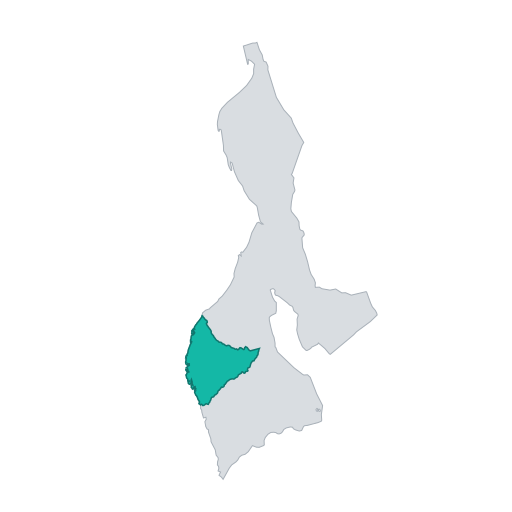 location of Nampula within Mozambique, rotated 164°
{"feature_id": "MOZ-1200", "entity_name": "Nampula", "entity_type": "Province", "adm_level": 1, "iso_a3": "MOZ", "parent_name": "Mozambique", "parent_adm1": "", "projection": "equal_earth", "projection_center": [39.254, -15.162], "detail": "fine", "context": "in_parent", "style": "filled", "palette": "teal", "viewbox_px": 512, "rotation_deg": 164, "n_neighbors": 0, "source": "natural_earth", "source_scale": "10m", "svg_char_len": 9647}
<svg xmlns="http://www.w3.org/2000/svg" viewBox="0 0 512 512"><g transform="rotate(164 256 256)"><path d="M178.8,352.0L181.4,349.5L198.4,325.5L199.5,324.6L198.0,320.6L200.2,315.9L200.4,308.7L201.1,307.5L203.7,305.1L207.3,297.6L209.5,291.8L209.7,289.0L206.3,281.1L205.3,276.9L206.2,273.2L206.5,269.7L206.0,268.6L204.0,267.2L203.6,265.6L203.6,263.8L204.0,262.8L206.5,261.2L207.0,260.3L208.9,251.0L208.1,244.1L208.0,236.1L208.4,227.8L208.1,223.1L206.5,217.7L206.3,213.8L207.4,211.1L207.6,209.5L203.7,208.6L201.7,206.4L194.3,202.8L188.5,202.3L183.7,196.9L180.0,196.0L175.2,192.1L160.1,191.4L159.6,190.9L158.8,179.0L158.2,175.0L156.3,170.8L155.7,167.8L155.8,165.9L164.1,161.5L180.4,155.4L183.9,153.3L211.7,141.0L212.5,141.8L215.3,148.1L220.0,155.2L221.1,154.2L227.8,153.0L228.8,152.1L230.8,151.5L233.1,151.1L233.9,151.5L236.4,155.9L237.4,164.1L237.5,169.7L237.2,173.7L235.3,178.2L233.9,184.0L231.8,187.2L231.8,188.6L234.3,192.1L234.8,193.5L234.7,196.5L235.1,197.7L237.2,199.6L238.8,202.4L244.9,210.7L246.5,212.2L247.7,212.6L248.3,214.2L248.0,216.1L247.1,217.2L247.5,218.7L248.6,220.0L251.4,219.8L251.7,219.2L251.5,211.9L250.5,207.6L249.3,205.7L251.6,197.7L252.8,195.5L257.3,194.7L259.4,193.9L260.3,193.0L260.9,190.4L261.4,183.4L261.6,176.7L261.1,172.9L261.7,167.0L262.7,163.4L262.2,162.7L261.8,157.8L250.3,138.1L243.8,129.3L242.8,128.4L239.2,127.6L237.3,124.4L235.7,106.7L233.2,93.9L236.9,85.5L238.1,80.0L238.8,79.2L242.0,78.8L253.3,79.0L256.0,79.5L257.3,79.0L260.2,75.7L262.6,75.8L265.9,77.9L267.7,79.7L268.0,81.3L270.1,82.2L274.2,82.4L277.1,81.6L279.0,79.7L280.9,78.7L282.9,78.6L284.4,79.3L285.5,80.7L287.5,81.7L290.4,82.3L293.6,81.4L297.1,79.0L299.1,76.4L300.1,72.2L300.8,71.7L305.7,71.2L308.3,72.1L311.7,74.7L317.4,70.0L321.1,68.4L324.6,68.4L327.4,67.3L329.7,65.0L332.0,63.6L336.9,61.9L340.1,59.5L349.2,50.4L350.2,53.0L352.0,55.4L349.6,58.1L351.7,59.8L350.2,62.3L350.0,64.1L350.7,65.8L349.7,68.7L348.3,70.9L348.0,72.6L349.2,75.6L348.6,80.9L350.4,89.8L349.8,92.7L350.2,99.7L349.6,102.3L350.7,103.1L351.3,105.9L350.8,110.8L348.8,112.8L348.6,114.8L351.1,114.8L351.1,120.9L350.7,122.7L351.3,124.8L350.6,127.0L351.4,136.8L351.5,143.8L351.7,145.0L353.8,146.2L353.7,148.1L352.4,150.6L352.5,154.4L354.0,151.4L354.9,151.4L355.7,152.6L355.8,156.8L356.2,159.0L356.0,160.8L353.5,164.3L353.3,167.8L352.4,168.2L351.9,169.1L352.6,171.0L352.5,172.7L350.8,178.1L342.3,191.0L342.1,193.1L339.9,197.2L337.6,197.8L336.3,198.9L337.3,202.5L325.9,211.5L324.8,212.8L323.0,216.1L319.2,217.8L315.2,218.0L314.5,218.7L305.3,222.9L303.5,224.9L299.6,226.7L293.5,231.2L288.5,235.4L282.8,241.8L282.0,245.2L279.4,249.7L275.4,255.0L273.0,259.4L272.9,261.3L271.4,261.9L270.2,260.1L269.7,263.6L268.7,263.9L267.7,263.2L262.6,267.0L258.9,271.2L253.6,279.5L245.9,287.5L244.1,287.7L241.6,284.9L240.3,284.7L242.3,287.7L242.2,294.5L241.4,302.3L241.5,304.0L246.7,312.3L249.4,322.0L249.6,327.0L252.2,333.4L253.5,343.0L253.3,351.9L254.6,353.3L255.0,352.0L255.2,346.5L255.9,344.9L256.5,345.1L257.2,348.2L257.5,351.4L256.6,358.4L256.9,361.2L258.2,365.9L256.8,371.4L254.7,386.6L255.2,387.5L256.4,387.9L256.8,386.2L257.5,386.2L257.8,387.2L256.9,393.1L256.0,395.7L252.7,402.1L250.9,404.9L248.0,407.5L240.9,411.7L226.9,417.8L218.0,422.5L211.0,428.1L208.0,431.9L206.8,436.2L204.5,440.7L206.6,444.5L209.3,447.1L210.5,442.7L211.2,442.6L210.3,461.3L200.6,461.6L197.8,460.9L196.2,461.1L195.9,453.3L194.6,447.5L195.0,443.3L194.8,441.1L192.8,439.6L192.2,435.1L193.3,431.6L192.7,402.9L189.0,388.9L184.1,378.8L183.8,373.7L181.5,362.5L178.8,352.0ZM239.4,92.7L240.6,92.0L240.7,90.5L240.0,89.8L239.3,89.9L239.0,92.3L239.4,92.7ZM238.6,90.0L237.6,89.0L236.9,89.2L236.7,90.2L237.4,91.4L238.2,91.4L238.6,90.0Z" fill="#d9dde1" stroke="#a8b0b8" stroke-width="1"/><path d="M350.3,128.2L350.6,128.6L351.2,129.5L351.5,129.6L351.6,129.8L351.3,130.2L350.7,130.9L350.5,131.4L350.5,132.0L351.1,133.5L351.2,133.9L351.4,137.0L351.7,137.7L351.7,138.2L352.2,138.8L352.3,139.2L352.3,139.9L352.5,141.0L352.6,141.5L352.5,142.2L352.3,142.5L351.5,142.9L351.7,143.0L351.9,143.3L352.0,143.6L352.0,143.9L351.8,144.2L351.5,144.3L351.0,144.5L350.4,144.9L350.6,145.3L350.9,145.8L350.7,146.6L351.0,146.4L351.2,146.0L351.4,145.9L351.5,146.2L351.4,146.7L351.6,146.9L351.2,147.2L351.4,147.4L351.6,147.4L352.0,147.1L352.0,146.3L352.5,145.9L353.4,145.3L353.7,145.6L353.9,145.9L354.0,146.3L354.0,147.1L354.0,147.4L354.4,147.6L354.2,148.0L354.1,148.4L354.1,149.3L353.8,149.5L353.4,149.9L353.2,150.0L352.9,149.9L352.6,149.4L352.3,149.3L352.7,152.1L352.3,152.0L352.2,152.1L352.2,152.4L352.4,152.7L352.0,153.2L352.1,153.5L352.3,153.5L352.1,154.7L352.1,155.1L352.5,154.6L352.8,154.0L353.3,151.9L353.5,151.7L354.6,151.0L354.9,150.9L355.4,151.1L355.9,151.7L356.2,152.5L356.0,153.3L355.7,153.5L354.9,153.8L354.6,154.1L354.6,154.3L354.8,154.4L355.1,154.4L355.3,154.2L355.5,154.0L355.7,153.9L355.9,154.0L356.0,154.4L356.0,154.8L355.6,156.3L355.6,156.6L355.8,157.0L356.1,157.3L356.2,157.7L356.2,158.1L356.3,158.6L356.0,160.3L356.2,160.7L356.1,161.0L355.1,161.6L354.9,162.0L354.0,163.2L353.6,163.5L353.3,163.6L353.0,163.6L352.8,163.5L352.6,162.7L352.4,162.4L352.5,163.4L352.6,163.8L352.9,164.1L353.2,164.2L354.1,164.2L354.3,164.1L354.7,165.1L354.9,165.7L354.8,166.1L354.6,165.8L354.4,165.7L353.9,165.9L352.9,165.5L352.7,166.0L353.0,166.7L353.7,168.0L353.1,168.2L352.5,168.3L352.0,168.6L351.6,169.4L350.9,169.1L350.6,169.1L350.3,169.2L350.2,169.4L350.0,170.4L349.9,170.7L350.6,170.9L350.9,171.0L351.2,171.3L351.4,170.5L351.7,170.2L352.2,170.3L352.7,170.7L353.0,171.2L353.1,172.0L353.0,172.7L352.6,173.0L352.9,173.4L352.8,173.7L352.1,174.7L352.0,174.9L352.0,175.3L352.0,175.5L351.8,175.9L351.3,176.5L351.3,177.1L351.1,177.6L351.0,178.0L351.1,178.3L351.3,178.2L351.0,178.9L350.8,179.2L350.3,179.6L350.1,179.6L349.6,179.4L349.6,180.1L349.3,180.6L348.5,181.3L348.2,181.7L347.1,184.2L343.3,189.3L342.5,189.9L342.4,190.2L342.3,190.8L341.6,191.0L341.4,191.2L341.4,191.4L341.6,191.7L342.0,191.4L342.6,190.6L342.7,191.1L342.6,191.6L342.4,192.0L342.2,193.1L342.0,193.5L341.3,194.2L340.6,196.2L340.1,197.1L339.4,197.5L338.2,197.5L337.8,197.7L336.7,198.5L336.1,199.1L336.1,199.4L336.2,199.5L336.4,199.6L336.4,200.8L336.6,201.3L336.8,201.8L337.1,202.1L337.5,202.4L336.6,203.1L336.3,203.2L336.2,202.5L335.8,202.7L335.4,202.7L335.8,203.2L335.3,203.4L335.1,203.6L334.9,203.9L334.9,204.1L334.9,204.3L334.8,204.5L334.5,204.9L334.1,205.3L333.4,205.9L332.8,206.5L332.0,206.8L331.9,206.9L331.4,207.6L328.1,209.8L325.2,212.1L324.9,212.5L324.4,213.4L324.2,213.6L323.8,213.4L323.8,213.5L323.8,212.3L323.5,211.8L323.4,211.4L322.9,210.7L322.8,210.1L322.1,208.5L321.9,208.2L321.3,207.9L321.2,207.7L321.0,207.3L321.0,206.8L321.0,206.0L321.1,205.7L321.3,205.4L321.5,205.3L322.0,205.2L322.3,204.8L322.3,204.4L322.2,203.2L322.0,202.4L321.6,201.7L321.4,200.6L321.1,200.1L320.9,199.4L320.4,198.3L319.9,196.8L319.9,196.6L319.9,195.5L320.2,194.7L320.2,194.4L320.2,194.1L319.8,192.9L319.4,192.0L319.0,191.4L318.9,191.0L318.8,190.7L318.9,190.3L318.9,190.0L318.7,189.7L318.4,189.3L318.4,189.1L318.3,188.7L318.0,188.1L317.8,187.2L317.4,186.4L317.2,185.9L316.1,184.8L315.9,184.6L315.6,184.3L315.5,184.0L315.4,183.5L315.1,183.2L314.1,183.0L313.0,182.3L312.9,182.1L312.7,181.2L312.5,180.9L312.3,180.6L311.5,180.4L310.9,179.8L310.6,179.2L310.2,178.8L310.0,178.5L309.5,178.1L308.9,177.7L308.0,177.9L307.0,177.7L306.5,177.4L306.2,177.2L305.9,176.8L305.6,176.0L305.3,175.7L305.2,175.4L305.2,175.1L305.1,174.9L304.6,174.5L304.1,174.3L303.7,173.9L302.7,173.4L302.5,173.2L301.7,172.1L300.9,172.0L300.7,172.1L300.4,172.1L300.1,171.9L299.7,171.1L299.5,170.9L299.4,170.8L298.9,170.9L298.5,171.2L297.9,171.3L297.5,171.8L297.0,172.2L296.7,172.3L296.2,172.1L295.9,171.7L295.4,171.6L295.3,171.4L295.2,171.1L294.5,170.6L294.1,169.8L293.7,169.5L293.5,169.4L293.3,169.5L293.1,169.6L292.8,169.8L292.7,170.0L292.3,170.8L292.1,171.1L291.9,171.2L291.4,171.3L290.9,171.7L290.7,171.5L290.5,171.0L289.8,170.6L289.6,170.3L289.2,168.9L288.9,168.4L288.8,167.8L288.4,167.2L287.7,166.4L278.2,166.2L279.2,165.0L279.4,164.4L279.6,163.9L280.5,162.8L281.0,161.3L281.5,160.4L282.5,159.9L282.7,159.4L283.3,158.6L283.5,158.4L284.3,158.1L284.8,157.6L285.4,157.4L286.8,155.8L287.0,155.8L287.3,155.8L287.7,156.1L288.1,156.1L290.0,154.7L290.7,153.9L291.2,153.1L291.9,151.9L292.6,150.9L292.9,150.7L294.4,150.7L294.8,150.4L295.2,149.8L295.5,149.2L295.5,148.7L295.3,148.2L295.5,147.8L296.0,147.6L296.3,147.6L297.8,147.8L298.1,147.6L298.6,146.8L298.9,146.6L299.7,146.6L300.2,147.2L300.6,148.0L301.2,148.5L301.5,148.4L301.9,148.1L302.2,147.8L302.3,147.5L302.5,147.4L305.7,146.6L306.0,146.2L306.7,145.3L307.4,144.8L309.1,144.6L309.8,144.3L310.4,143.9L311.0,143.8L311.5,143.9L312.3,144.3L313.0,144.5L315.4,144.5L315.8,144.4L316.4,143.9L316.7,143.8L318.0,143.6L318.4,143.4L319.4,142.4L320.0,142.1L320.8,141.3L321.9,141.0L322.1,140.9L322.2,140.3L322.5,139.8L322.9,139.4L323.3,139.2L324.1,139.1L324.6,139.1L325.3,139.5L325.7,139.3L326.4,138.5L327.1,138.0L327.5,137.8L328.0,137.6L328.2,137.2L329.1,137.0L329.5,136.7L329.9,136.4L330.3,135.9L330.5,135.2L330.8,134.9L331.1,134.7L331.4,134.5L332.2,134.3L332.6,133.9L332.8,133.8L333.6,133.8L334.3,133.5L335.4,132.4L335.8,132.3L336.6,132.3L337.2,132.4L337.4,132.4L338.0,132.0L339.1,130.3L339.6,129.6L340.2,129.2L340.4,129.0L340.7,128.3L341.0,128.1L341.8,127.7L342.5,126.8L342.7,126.6L342.8,126.7L342.9,126.8L343.6,126.9L344.3,127.6L345.1,127.7L346.6,127.0L347.4,126.8L348.2,126.9L348.6,127.1L348.7,127.6L348.9,128.2L349.3,128.5L349.8,128.5L350.3,128.2ZM338.5,198.5L339.1,198.5L339.2,199.1L339.1,199.6L338.6,200.3L338.4,201.0L338.5,201.5L338.4,201.8L337.9,202.0L337.5,201.8L337.0,201.4L336.8,200.5L336.8,199.5L337.0,199.1L337.6,198.7L338.5,198.5Z" fill="#14b8a6" stroke="#0f766e" stroke-width="1.5"/></g></svg>